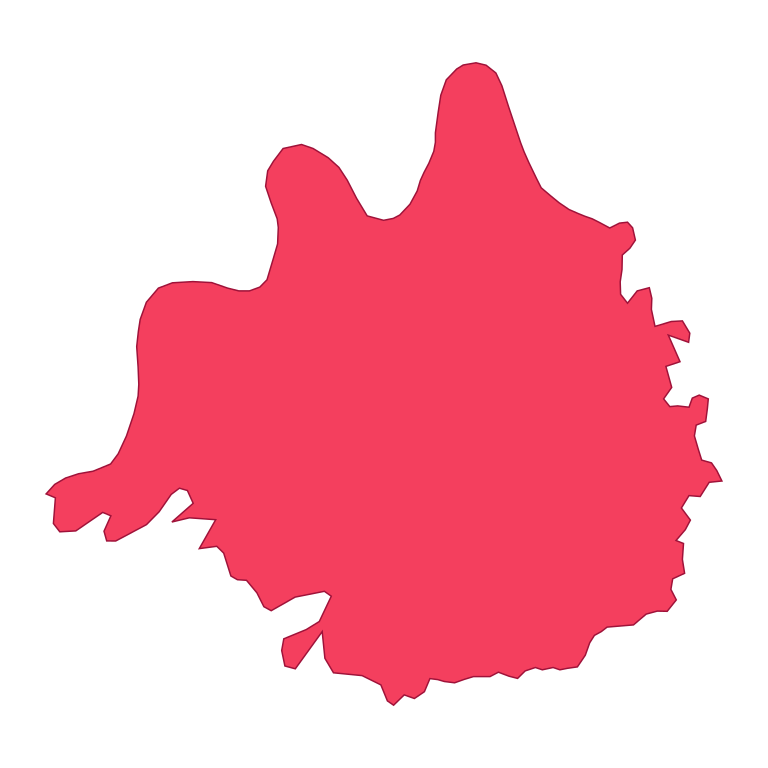 outline of Derrubadas, Rio Grande do Sul, Brazil
{"feature_id": "56859067B9967974442205", "entity_name": "Derrubadas", "entity_type": "district", "adm_level": 2, "iso_a3": "BRA", "parent_name": "Brazil", "parent_adm1": "Rio Grande do Sul", "projection": "equal_earth", "projection_center": [-53.889, -27.229], "detail": "fine", "context": "isolated", "style": "filled", "palette": "rose", "viewbox_px": 768, "rotation_deg": 0, "n_neighbors": 0, "source": "geoboundaries", "source_scale": "gbopen_adm2", "svg_char_len": 2539}
<svg xmlns="http://www.w3.org/2000/svg" viewBox="0 0 768 768"><path d="M550.0,195.3L541.2,187.8L536.8,179.1L528.8,162.5L524.1,151.9L520.6,142.7L508.6,106.8L501.9,85.8L495.9,73.0L486.1,65.2L476.0,62.8L463.2,65.0L456.7,69.0L446.3,79.8L440.8,95.2L438.2,112.1L435.4,132.8L435.4,142.3L433.8,151.3L428.8,163.4L424.1,172.3L420.4,180.4L417.2,191.0L410.0,204.2L399.8,215.0L393.3,218.4L383.6,220.3L367.2,215.9L356.6,198.4L347.2,180.1L338.9,167.4L328.3,157.8L313.1,148.5L301.5,144.5L283.1,148.5L273.5,161.2L267.7,170.8L265.6,186.3L271.1,202.7L277.2,218.8L278.3,227.5L277.6,243.9L273.2,259.0L267.0,279.8L259.8,287.1L249.4,290.9L238.8,290.9L227.6,288.1L211.7,282.6L192.9,281.6L172.4,282.8L158.4,288.1L146.4,302.2L140.2,319.4L138.4,331.1L136.7,346.6L138.1,367.0L138.8,384.4L138.1,396.1L134.0,413.6L126.5,435.9L118.2,453.8L110.6,464.0L93.1,471.2L78.7,473.7L65.6,478.0L54.7,484.4L46.1,493.9L55.4,497.8L53.4,523.5L59.8,531.8L75.8,530.9L102.7,512.4L110.9,515.8L104.0,531.2L106.7,540.9L115.7,541.0L146.5,524.6L159.1,511.8L171.2,494.4L179.4,488.2L187.4,490.5L193.2,503.3L171.9,522.0L189.3,517.8L215.7,519.7L199.3,548.6L216.8,546.3L223.7,553.1L230.9,576.0L237.4,579.7L246.5,580.3L256.9,592.8L263.9,606.7L271.2,610.7L295.1,597.1L324.4,591.3L331.3,596.2L319.3,621.5L306.2,629.6L283.8,638.8L281.7,650.5L284.9,666.0L295.3,668.8L322.2,631.6L324.9,658.3L333.5,672.8L362.1,675.6L380.9,684.9L387.4,700.9L393.6,705.2L404.2,694.9L414.4,698.5L424.4,691.7L429.9,678.6L437.8,679.6L444.3,681.5L454.6,682.8L464.2,679.4L473.4,676.6L481.7,676.6L490.0,676.6L498.4,672.2L509.0,676.2L517.6,678.4L525.2,670.9L535.4,667.5L542.3,669.8L553.1,667.5L559.9,669.8L567.5,668.3L577.4,666.9L585.3,655.2L589.7,642.8L594.4,635.4L601.3,631.6L607.1,627.1L633.5,624.9L639.7,619.6L646.2,614.1L657.3,611.1L667.2,611.3L676.3,599.9L670.9,589.4L672.7,578.8L684.6,573.3L682.4,559.4L683.5,543.5L676.0,540.5L685.3,529.7L690.4,520.1L681.4,508.0L689.0,495.6L700.2,496.5L709.2,482.3L721.9,481.0L716.8,470.6L711.5,462.9L701.7,460.1L698.3,449.3L694.4,435.9L696.2,425.1L705.7,421.4L707.4,408.3L708.3,398.9L699.2,395.1L692.3,398.1L689.0,407.2L677.7,405.9L669.8,406.6L663.6,398.9L671.7,387.4L665.9,366.4L680.0,361.7L668.3,335.1L688.6,342.3L689.8,333.2L682.4,320.9L671.3,321.5L655.0,326.4L651.4,309.4L651.8,298.3L649.3,287.7L637.2,290.9L627.5,303.2L620.6,294.3L620.2,281.8L622.0,269.6L622.3,255.0L629.9,248.2L635.4,240.1L632.6,227.8L627.5,222.2L619.5,223.1L609.7,228.0L599.5,222.5L592.2,218.8L585.0,216.3L578.1,213.5L569.0,209.5L559.0,202.7L550.0,195.3Z" fill="#f43f5e" stroke="#9f1239" stroke-width="1.5"/></svg>